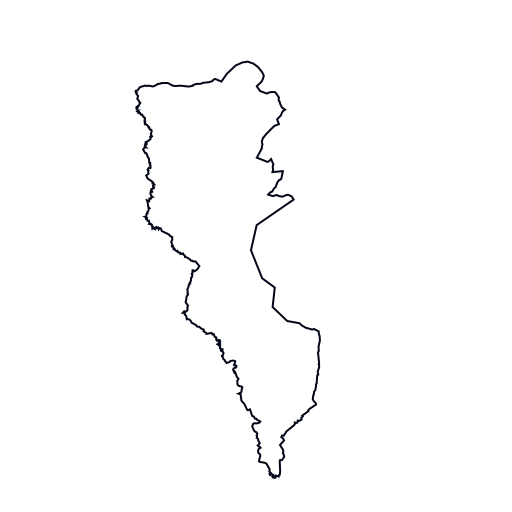 outline of Asante Akim Central Municipal, Ashanti, Ghana, rotated 331°
{"feature_id": "2480657B1767599566587", "entity_name": "Asante Akim Central Municipal", "entity_type": "district", "adm_level": 2, "iso_a3": "GHA", "parent_name": "Ghana", "parent_adm1": "Ashanti", "projection": "robinson", "projection_center": [-1.254, 6.565], "detail": "fine", "context": "isolated", "style": "outline", "palette": "ink", "viewbox_px": 512, "rotation_deg": 331, "n_neighbors": 0, "source": "geoboundaries", "source_scale": "gbopen_adm2", "svg_char_len": 6089}
<svg xmlns="http://www.w3.org/2000/svg" viewBox="0 0 512 512"><g transform="rotate(331 256 256)"><path d="M352.3,122.1L349.4,120.2L346.1,119.2L344.4,119.3L339.5,113.6L339.0,107.9L345.6,106.1L348.0,104.4L350.3,102.0L350.5,98.3L349.3,91.5L347.0,86.5L343.0,82.0L338.2,80.2L330.5,79.5L318.6,82.6L310.3,86.7L306.3,81.5L304.4,81.1L302.8,81.9L299.2,81.2L293.2,78.7L291.4,78.7L287.0,76.5L283.6,76.0L283.2,76.5L279.3,75.2L272.5,70.4L267.4,68.0L265.5,66.3L262.8,62.0L257.0,58.8L255.9,58.9L253.2,57.8L252.1,58.2L248.1,57.8L244.4,54.8L242.6,54.3L241.9,53.3L238.6,52.5L236.1,52.1L232.5,53.8L231.0,53.2L230.5,53.6L230.1,54.7L230.8,55.9L230.0,56.5L230.5,58.9L228.4,60.9L228.9,64.6L228.5,65.5L228.9,66.0L225.2,68.3L225.2,67.6L223.6,67.8L222.8,69.3L223.3,69.8L223.2,70.8L222.7,71.4L223.4,71.7L222.3,72.0L222.9,72.6L222.5,73.6L223.6,73.7L223.4,74.7L224.0,74.8L223.9,76.6L224.9,77.1L225.0,80.1L225.6,80.5L225.7,81.8L223.9,83.9L224.4,84.6L223.3,85.4L222.8,86.6L223.5,86.7L223.5,87.6L224.5,89.3L224.4,91.2L224.8,91.1L225.0,91.8L224.5,93.9L225.6,95.0L225.3,96.3L223.3,98.2L222.9,99.1L223.1,100.9L222.4,101.1L221.3,100.5L220.6,102.4L219.9,102.7L216.8,103.2L215.0,102.9L214.8,105.0L214.4,105.3L213.8,104.0L212.3,105.7L212.5,107.2L212.1,106.7L212.0,107.4L210.3,107.3L208.9,108.1L209.0,112.4L209.9,112.9L209.9,114.2L209.3,116.7L209.6,118.7L207.8,123.0L208.5,123.4L208.0,124.6L207.2,125.2L207.5,125.8L206.6,127.7L206.2,127.9L204.9,126.9L203.0,128.0L203.4,129.1L202.9,129.2L201.9,131.9L199.0,132.4L198.8,135.7L201.6,141.4L200.8,142.3L201.6,142.8L201.7,144.0L201.1,143.6L200.6,144.5L200.1,144.5L199.3,146.3L200.0,146.7L199.4,147.2L197.0,146.8L196.9,147.5L196.2,147.7L196.3,148.9L195.6,148.5L195.5,149.3L195.0,148.9L194.2,149.6L193.5,151.8L193.9,152.7L193.1,153.6L193.7,154.2L193.0,154.1L191.6,154.9L190.6,154.1L189.2,156.2L187.6,154.4L187.2,157.0L185.7,160.2L186.0,162.5L185.1,162.2L184.6,163.5L183.0,164.9L182.1,165.0L181.8,166.2L180.6,166.1L179.0,168.4L178.1,168.0L178.8,169.2L178.1,169.1L177.8,170.1L178.6,170.2L178.2,172.6L179.4,173.2L178.6,176.0L178.1,176.2L179.4,177.5L179.7,177.2L180.1,178.1L178.8,181.5L180.1,180.8L180.3,181.9L179.9,182.3L180.6,183.4L181.0,182.6L181.7,183.2L182.2,182.4L183.1,182.4L183.3,183.4L184.2,183.6L183.8,185.5L185.2,184.9L186.1,185.8L185.7,188.5L190.5,195.3L190.3,196.3L191.9,198.8L190.5,201.4L188.8,202.3L188.2,206.0L187.3,206.2L187.1,207.0L188.1,207.6L187.7,208.6L188.2,209.8L187.3,210.0L189.0,213.4L189.8,213.4L189.7,215.2L190.7,215.9L190.8,217.0L191.4,216.7L191.6,218.0L193.4,218.4L193.2,219.3L194.0,221.5L193.4,222.4L194.8,223.6L196.6,226.9L196.8,228.5L197.8,229.0L198.5,230.4L200.5,231.4L201.5,237.5L198.0,239.3L194.7,239.5L194.0,237.8L193.4,237.8L192.5,239.8L191.1,240.5L191.3,241.6L189.6,243.5L188.8,243.4L187.0,246.2L185.7,246.9L185.2,248.0L184.5,247.7L184.0,248.5L183.0,248.8L182.8,249.5L179.5,252.3L178.9,254.5L177.8,255.6L178.0,256.7L175.5,257.9L174.0,260.2L172.0,262.3L172.5,266.5L170.7,268.0L170.3,269.6L168.7,270.6L167.4,270.6L166.5,269.5L164.5,270.2L166.0,271.0L165.7,272.8L165.3,272.9L165.9,274.6L164.8,277.8L165.7,277.9L167.0,279.4L167.5,281.3L167.3,283.1L170.0,287.2L170.2,289.0L172.0,290.5L173.2,293.5L174.5,294.7L174.5,295.7L173.7,296.3L175.2,299.5L174.9,300.1L179.8,301.7L179.9,303.5L181.1,303.7L180.8,306.8L181.8,308.0L180.6,309.9L180.9,311.4L182.0,311.8L182.5,313.2L183.0,312.9L183.0,311.7L183.6,312.2L183.1,313.7L181.5,313.8L181.1,314.4L182.0,315.6L181.7,315.9L180.7,315.6L180.4,314.5L179.5,314.5L181.0,317.5L179.7,319.2L180.3,320.3L179.4,321.8L179.9,322.2L181.0,321.0L181.5,321.3L180.4,323.3L180.6,325.0L179.2,326.6L177.8,326.7L177.6,327.4L178.0,328.7L177.5,330.2L178.2,332.1L178.0,333.5L178.6,334.4L178.4,335.3L181.3,335.9L182.5,335.4L185.3,336.3L186.8,337.9L185.7,339.4L183.9,340.5L184.2,341.5L185.4,342.0L185.6,342.8L184.7,343.8L182.1,343.5L180.9,344.2L180.6,347.3L181.4,346.9L181.5,347.4L180.6,352.6L181.2,354.5L180.9,355.2L179.3,355.9L177.7,358.8L177.6,360.5L178.5,361.9L180.1,363.1L180.4,364.2L178.4,366.2L177.6,367.6L176.7,368.1L174.0,367.9L175.5,369.4L173.1,375.5L174.1,379.9L173.7,386.1L174.1,387.0L176.4,387.2L175.1,394.0L176.3,395.5L176.2,397.8L177.3,398.3L177.7,400.0L179.5,402.8L178.5,403.4L175.8,402.9L173.3,401.5L172.2,401.4L170.2,403.0L169.6,407.3L170.0,409.2L170.9,410.2L171.0,412.2L169.5,413.3L169.5,414.4L168.5,415.3L169.1,417.0L168.6,418.4L168.5,421.6L165.6,422.6L167.1,425.6L166.7,426.1L165.2,425.8L163.2,427.6L162.6,429.6L163.3,431.1L163.0,432.7L159.1,436.8L159.4,437.9L163.1,440.8L164.5,442.7L164.5,449.5L163.2,450.8L163.9,453.5L162.3,453.0L162.0,453.5L162.1,454.5L163.9,454.4L165.0,456.1L164.5,457.3L163.4,457.0L163.4,457.9L165.2,459.3L165.8,459.1L166.8,457.6L169.0,459.9L170.1,458.7L170.6,458.9L172.6,456.3L177.3,446.9L178.0,446.2L179.7,447.1L183.3,445.3L184.1,442.7L183.9,441.4L185.2,440.1L185.7,438.3L185.3,433.0L191.1,430.9L191.3,429.2L190.3,426.7L190.9,426.2L191.7,425.7L193.2,426.6L197.7,424.1L207.5,422.4L208.6,421.7L209.2,420.5L210.2,421.5L211.5,421.7L212.8,420.2L213.9,421.2L216.7,421.1L217.2,419.4L219.1,419.0L219.1,418.0L226.6,417.1L226.8,416.3L228.5,415.7L236.6,415.0L237.0,413.5L236.4,412.0L236.1,409.0L238.7,405.4L239.8,404.9L240.6,403.1L243.0,401.9L245.9,398.3L246.1,397.4L247.4,396.7L251.2,390.8L251.8,390.1L253.0,389.9L253.8,387.2L257.2,384.0L258.5,381.6L258.3,381.2L259.4,380.0L263.5,370.3L264.7,369.7L266.9,365.4L270.9,360.9L272.8,357.0L273.5,353.8L274.3,352.4L271.4,348.0L269.5,347.6L264.7,342.8L262.4,339.0L261.5,335.9L251.8,328.0L245.8,308.7L257.1,292.7L250.6,278.5L254.4,248.5L271.6,229.3L316.3,224.9L316.1,221.3L314.1,218.4L312.7,217.5L307.8,216.9L304.6,214.2L303.9,212.7L299.8,211.8L296.4,208.2L298.9,207.3L301.3,207.5L304.7,205.6L306.5,205.3L310.3,202.0L312.6,200.9L314.8,201.0L316.1,200.2L320.6,194.8L311.1,190.6L312.7,189.0L314.1,185.7L315.6,184.3L316.2,178.5L312.8,179.5L311.6,179.2L304.4,170.4L313.3,164.7L314.0,163.3L315.8,161.5L316.4,158.9L319.1,156.3L324.4,154.2L335.1,151.1L340.0,151.8L340.7,146.7L346.0,145.1L348.3,143.1L350.4,142.2L352.4,142.1L350.8,139.0L350.7,137.1L351.1,133.4L351.6,132.6L351.2,131.6L351.7,130.0L352.9,128.5L352.3,122.1Z" fill="none" stroke="#020617" stroke-width="2"/></g></svg>